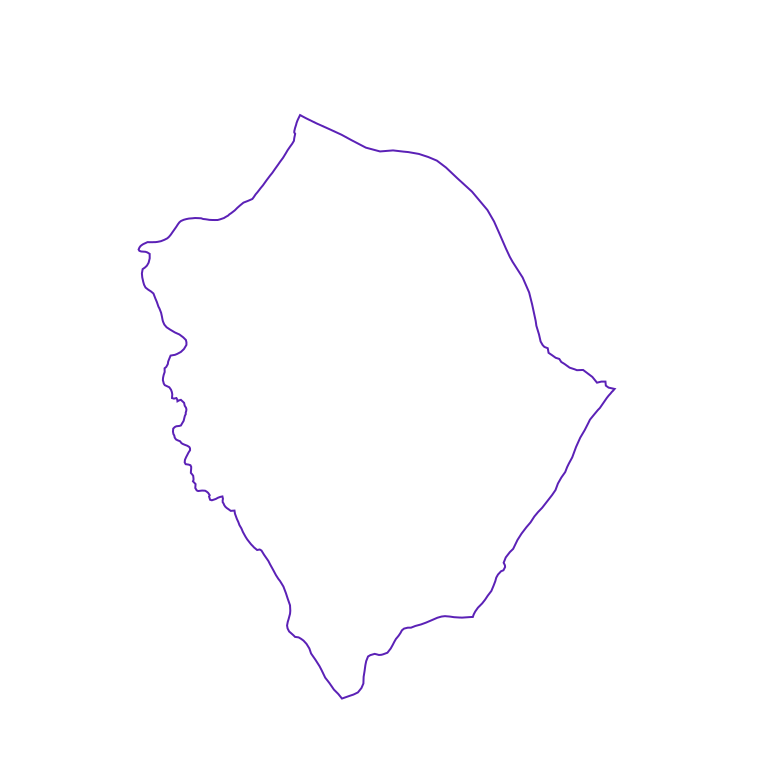 the district of Rumduol, Svay Rieng, Cambodia, rotated 250°
{"feature_id": "14789045B51142255514393", "entity_name": "Rumduol", "entity_type": "district", "adm_level": 2, "iso_a3": "KHM", "parent_name": "Cambodia", "parent_adm1": "Svay Rieng", "projection": "albers", "projection_center": [105.826, 11.218], "detail": "fine", "context": "isolated", "style": "outline", "palette": "violet", "viewbox_px": 768, "rotation_deg": 250, "n_neighbors": 0, "source": "geoboundaries", "source_scale": "gbopen_adm2", "svg_char_len": 5086}
<svg xmlns="http://www.w3.org/2000/svg" viewBox="0 0 768 768"><g transform="rotate(250 384 384)"><path d="M483.7,193.2L482.2,191.8L480.3,190.1L478.8,188.8L476.7,187.7L474.5,185.2L473.8,183.2L470.3,182.0L467.8,180.0L465.4,178.5L463.2,177.5L461.5,177.4L459.7,177.2L457.9,177.6L456.1,179.4L454.4,181.1L451.5,181.9L449.0,181.9L446.7,181.5L444.7,180.6L443.3,180.0L442.1,181.6L441.8,184.1L440.1,184.4L438.4,184.0L438.7,185.8L438.6,187.7L434.7,189.7L431.8,189.3L429.4,189.8L427.9,189.7L426.4,189.0L424.8,187.8L423.5,187.4L422.2,186.0L420.6,184.9L417.9,183.1L416.2,181.0L414.5,179.0L414.6,177.3L415.3,174.4L415.1,172.7L414.2,170.7L411.4,169.4L408.9,169.0L407.4,169.3L405.2,169.0L403.0,169.6L401.8,170.7L399.9,172.8L398.1,173.3L396.8,174.1L395.1,175.9L393.2,178.1L391.4,179.5L389.9,179.7L388.1,179.1L386.5,176.9L385.0,175.3L382.9,173.0L380.8,171.0L378.5,169.9L376.5,170.2L375.1,172.8L373.9,174.3L372.1,174.5L370.3,173.8L368.2,172.8L366.5,172.1L364.7,172.8L363.0,173.3L360.5,172.7L359.0,172.2L357.9,171.2L356.3,171.9L354.4,172.7L350.8,171.1L348.1,171.6L347.0,172.7L346.1,176.6L344.9,179.4L343.6,180.5L341.9,181.5L339.1,182.2L338.1,181.1L334.7,181.0L333.6,182.5L333.5,186.6L333.9,189.1L333.9,191.7L333.6,193.7L331.2,193.4L329.9,192.6L328.0,192.0L326.6,192.4L325.1,192.4L323.0,192.9L321.1,193.9L319.6,195.0L317.2,196.6L316.2,200.2L313.1,199.6L307.5,199.6L304.1,199.9L300.9,199.9L297.1,200.6L293.2,200.8L288.0,201.6L284.8,202.3L281.4,203.4L278.7,204.3L276.3,205.4L275.0,205.9L271.4,208.0L271.0,210.6L269.4,211.9L264.5,212.9L257.3,214.8L253.3,215.3L247.0,216.3L241.3,217.1L236.9,218.1L234.5,218.9L228.1,220.2L221.0,220.3L215.5,220.1L208.2,220.0L203.0,218.4L200.2,217.1L195.5,213.8L193.4,212.2L190.2,210.3L187.3,209.8L183.9,210.2L181.4,211.6L178.6,213.1L176.8,213.9L175.1,217.1L172.8,219.0L170.4,220.6L166.3,222.3L161.0,223.4L155.7,223.3L148.1,225.3L140.9,226.9L136.3,227.5L128.2,228.3L121.7,230.4L114.0,232.4L108.4,235.0L102.8,236.9L102.7,245.7L102.6,249.1L103.1,254.0L106.0,258.8L109.6,262.2L115.8,264.7L120.8,267.5L126.1,270.3L129.7,272.5L133.4,275.8L133.9,278.5L133.6,282.9L132.5,284.6L131.2,286.4L130.5,288.5L130.3,290.4L130.3,295.3L133.2,299.9L135.8,302.9L138.3,305.6L140.4,308.1L141.3,309.7L142.5,311.7L144.3,314.2L146.4,316.6L147.3,319.2L146.9,322.9L145.8,326.0L145.9,330.7L145.4,336.5L145.4,341.7L145.7,347.5L146.1,354.2L145.8,358.5L145.0,361.9L142.9,366.4L140.9,370.1L138.6,375.4L137.7,377.7L136.2,382.9L135.6,385.0L134.7,387.8L136.8,389.5L139.0,391.9L141.7,395.8L144.3,401.3L146.8,405.3L149.6,409.1L152.8,414.1L156.8,417.8L160.6,421.1L163.7,423.3L166.0,426.0L166.9,427.8L168.0,429.9L168.1,432.5L170.6,435.2L172.2,435.6L173.6,435.5L175.1,435.3L179.4,439.1L183.0,444.8L184.9,449.0L191.8,456.1L196.4,462.1L200.7,468.8L203.8,474.3L208.1,480.0L211.0,485.0L213.6,490.3L217.8,497.0L222.2,504.0L225.7,508.9L231.0,513.4L235.5,518.7L237.5,521.6L239.3,524.2L241.5,526.1L243.3,527.7L246.1,530.6L250.7,535.8L259.1,542.9L266.5,550.1L272.0,556.8L277.5,562.7L280.1,565.4L283.9,571.8L286.4,576.1L287.6,578.6L291.0,583.4L294.7,588.6L296.3,591.2L297.5,593.5L298.6,595.3L299.2,596.7L300.5,599.0L303.8,593.8L306.6,591.9L310.5,592.9L311.9,589.2L312.4,584.6L319.4,582.2L329.1,575.9L331.0,570.0L332.5,568.3L335.9,564.0L341.2,560.4L344.1,558.1L347.6,557.3L349.9,554.3L353.7,551.7L357.0,549.3L361.6,550.1L364.0,547.4L366.3,546.4L370.4,545.7L377.5,546.6L386.7,547.1L388.5,547.5L391.4,548.1L408.0,550.4L420.4,551.7L436.6,550.7L454.9,546.6L460.5,545.7L469.7,544.9L484.5,544.0L499.1,543.0L512.1,540.7L534.6,532.5L552.2,523.3L566.2,516.3L575.8,510.1L582.1,503.3L588.3,495.4L593.6,486.2L595.7,481.8L600.4,472.4L603.9,459.8L612.3,447.8L624.2,436.9L632.8,429.3L642.4,419.6L651.9,409.8L660.3,401.7L665.4,397.1L662.8,394.4L661.2,392.8L659.2,391.1L657.7,390.1L655.0,388.0L652.3,386.2L651.0,385.7L649.5,386.1L645.8,383.8L643.3,382.5L641.1,379.8L639.3,377.1L636.6,373.3L634.6,370.9L631.1,366.5L628.4,362.4L626.0,359.0L623.4,355.2L620.5,351.1L618.9,348.4L615.6,343.3L612.1,338.2L610.3,335.1L607.5,330.7L606.1,328.2L604.2,325.6L602.9,323.6L602.6,318.8L602.5,314.0L601.0,309.7L599.7,306.4L598.2,303.2L596.8,298.8L596.3,296.7L595.6,295.2L595.1,292.2L594.7,290.4L594.8,286.1L595.0,283.8L595.9,281.2L596.9,278.6L598.0,276.0L598.8,274.6L599.9,272.6L600.9,270.5L602.3,268.8L604.0,264.7L604.6,263.2L605.2,260.8L606.2,257.2L606.6,254.4L606.8,251.9L606.6,248.9L605.9,247.0L604.6,245.0L602.7,242.5L601.1,240.2L598.8,236.9L597.3,234.8L595.9,232.4L595.0,230.2L594.6,226.9L594.5,223.2L595.0,219.9L595.5,217.7L597.3,212.5L598.2,210.3L598.0,208.1L597.8,205.6L597.4,203.9L596.9,202.4L595.9,200.9L594.3,199.4L592.8,199.7L591.6,201.1L589.8,205.1L588.6,206.6L586.4,208.3L582.2,206.8L578.5,204.3L576.3,201.7L575.2,199.2L574.5,196.5L570.7,194.3L566.9,193.3L562.3,192.7L559.3,192.5L556.2,192.9L553.3,194.7L550.8,196.6L547.9,198.3L542.5,198.4L538.8,198.6L533.8,198.5L531.8,198.8L527.2,198.9L523.4,198.4L519.7,197.8L518.2,197.7L515.0,197.9L511.7,199.1L508.3,201.6L503.9,205.2L500.5,208.7L496.5,211.3L493.1,212.9L490.7,212.6L488.3,211.7L485.3,208.0L483.6,204.1L483.0,199.9L482.9,197.6L483.7,193.2Z" fill="none" stroke="#5b21b6" stroke-width="2"/></g></svg>